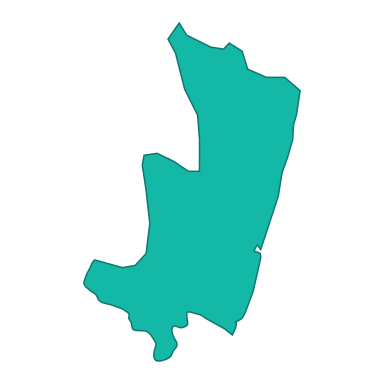 the Autonomous Province of Atsimo-Atsinanana
{"feature_id": "MDG-5867", "entity_name": "Atsimo-Atsinanana", "entity_type": "Autonomous Province", "adm_level": 1, "iso_a3": "MDG", "parent_name": "Madagascar", "parent_adm1": "", "projection": "albers", "projection_center": [47.076, -23.231], "detail": "fine", "context": "isolated", "style": "filled", "palette": "teal", "viewbox_px": 384, "rotation_deg": 0, "n_neighbors": 0, "source": "natural_earth", "source_scale": "10m", "svg_char_len": 1866}
<svg xmlns="http://www.w3.org/2000/svg" viewBox="0 0 384 384"><path d="M300.1,90.7L296.5,114.7L293.6,124.4L292.7,139.5L287.6,157.2L282.0,172.9L278.3,196.1L260.7,249.6L259.0,247.4L258.2,245.6L257.3,245.2L255.7,247.4L254.2,250.9L255.2,251.8L257.6,252.1L260.2,253.4L260.8,257.6L253.1,291.5L245.1,313.0L242.5,317.7L241.5,318.7L239.2,320.2L238.4,320.8L238.1,320.8L236.6,321.4L236.4,321.4L235.5,322.2L235.7,322.7L236.4,323.2L236.4,324.1L236.4,324.5L235.4,328.6L232.8,333.9L232.4,335.0L232.2,334.9L224.9,329.0L206.2,318.6L202.4,315.9L200.3,314.9L189.9,311.9L187.8,312.1L186.8,313.1L186.8,317.2L187.7,322.1L187.7,323.4L187.4,324.6L186.6,325.7L185.2,326.6L181.2,327.8L179.2,327.4L174.9,325.9L173.4,326.4L172.4,327.5L171.9,329.2L171.9,331.0L172.2,332.7L172.7,334.4L173.9,337.5L176.3,341.7L176.8,343.2L177.0,344.9L176.6,346.5L175.8,347.8L173.8,350.2L173.0,351.6L171.7,354.7L171.0,356.0L169.9,357.1L168.7,357.9L166.2,359.3L162.0,360.6L160.0,360.9L157.3,361.0L155.7,360.2L154.6,359.0L154.1,357.5L153.8,355.8L153.9,353.0L154.5,349.6L155.7,346.4L156.0,344.8L155.8,343.2L155.2,341.7L150.9,335.1L149.9,334.0L148.6,332.8L147.1,331.7L144.4,330.8L136.2,330.5L133.7,329.9L132.4,328.6L131.4,323.4L130.8,321.8L129.2,319.3L128.7,317.9L129.2,314.9L129.0,314.3L128.4,313.3L127.5,312.3L122.2,308.8L111.1,304.8L102.9,302.8L101.4,302.1L100.0,301.3L98.9,300.2L98.0,298.9L96.7,295.8L95.7,294.5L94.6,293.5L91.4,291.5L85.9,287.0L84.5,285.0L83.9,283.3L84.0,282.0L84.4,280.4L86.7,274.1L89.8,268.3L91.8,263.7L92.6,262.3L94.6,259.9L122.3,267.6L135.1,265.5L146.1,253.5L149.8,223.4L146.0,189.4L142.3,165.3L144.1,155.3L157.0,153.3L173.6,161.3L188.4,171.3L199.4,171.3L199.5,159.3L199.5,139.3L197.6,115.2L184.7,89.2L175.5,53.1L168.0,39.1L179.2,23.0L186.6,35.1L210.7,47.1L223.6,49.1L229.2,43.1L242.2,51.2L247.7,69.2L266.2,77.3L284.7,77.4L300.1,90.7Z" fill="#14b8a6" stroke="#0f766e" stroke-width="1.5"/></svg>